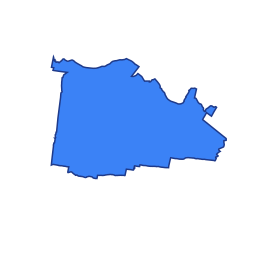 outline of Costesti, Vaslui, Romania, rotated 292°
{"feature_id": "2599482B89888252920776", "entity_name": "Costesti", "entity_type": "district", "adm_level": 2, "iso_a3": "ROU", "parent_name": "Romania", "parent_adm1": "Vaslui", "projection": "natural_earth1", "projection_center": [27.779, 46.468], "detail": "fine", "context": "isolated", "style": "filled", "palette": "blue", "viewbox_px": 256, "rotation_deg": 292, "n_neighbors": 0, "source": "geoboundaries", "source_scale": "gbopen_adm2", "svg_char_len": 5705}
<svg xmlns="http://www.w3.org/2000/svg" viewBox="0 0 256 256"><g transform="rotate(292 128 128)"><path d="M180.3,202.4L180.6,201.6L180.6,201.2L180.3,200.8L179.5,200.1L179.4,199.8L179.6,199.4L179.6,198.5L179.9,197.6L179.8,197.2L179.6,196.5L179.3,196.1L176.5,194.6L175.3,193.7L174.9,193.4L174.5,193.3L173.6,193.1L172.7,193.6L172.3,193.5L172.1,193.3L172.0,192.7L172.2,192.2L172.5,191.9L172.9,191.3L173.1,191.0L174.6,190.6L175.0,190.1L175.6,188.9L176.1,188.4L176.5,188.1L177.1,187.4L177.5,186.6L177.5,186.2L177.3,185.5L177.3,185.2L177.6,184.5L178.0,183.5L180.5,180.5L180.8,180.1L181.0,179.5L180.8,178.4L181.4,178.3L189.8,176.9L190.0,175.0L189.4,174.2L188.5,171.7L187.3,171.3L186.5,171.1L186.2,170.6L185.5,170.4L185.2,170.9L182.7,170.8L181.1,170.4L178.7,169.9L178.5,170.3L174.6,169.6L174.0,170.1L173.5,169.9L172.5,169.8L172.1,169.7L171.8,169.5L170.8,168.6L170.0,167.6L169.7,167.1L169.1,165.5L169.1,164.9L169.2,163.1L169.0,159.2L168.9,158.1L168.9,157.4L169.1,156.4L169.5,154.6L169.8,153.8L170.3,153.0L170.6,152.5L171.3,151.7L172.9,149.8L173.3,149.6L173.7,149.3L174.2,148.8L174.5,148.4L174.7,148.1L174.8,147.2L175.6,146.1L175.8,145.5L176.3,144.8L176.7,144.7L177.0,144.3L177.2,143.4L177.2,143.0L177.3,142.7L178.8,142.2L179.8,141.2L180.3,140.6L181.8,138.1L183.6,134.6L183.4,134.3L183.3,134.1L183.0,133.9L182.3,133.5L181.8,132.4L181.3,132.1L179.9,131.8L179.3,131.5L179.0,131.2L178.7,130.5L179.5,130.2L177.7,125.8L177.8,125.6L179.0,123.9L180.2,122.4L180.9,121.4L181.7,118.6L182.2,116.8L180.0,115.9L178.1,114.2L177.8,113.6L177.3,112.4L177.2,111.9L188.1,115.0L189.0,115.2L189.7,112.0L189.8,111.2L189.7,110.8L190.1,110.2L190.7,108.5L191.0,107.7L191.3,106.5L191.4,105.8L191.6,102.3L191.6,101.7L191.7,101.2L191.8,100.7L191.6,100.4L190.6,99.5L190.2,99.1L189.7,98.2L189.2,97.4L188.8,96.6L188.3,95.2L188.0,94.6L186.4,92.5L186.0,91.9L185.6,91.0L184.4,89.3L183.9,88.7L182.6,87.9L180.8,87.2L178.7,85.1L177.2,84.1L176.6,83.5L176.2,83.0L175.7,81.4L175.3,80.6L174.1,79.4L172.2,77.1L171.4,75.9L170.3,73.4L169.1,69.3L168.3,66.4L167.9,64.0L167.9,63.0L168.3,61.3L168.4,60.0L168.9,56.3L169.1,55.2L169.4,53.9L169.8,53.1L170.1,51.7L170.1,50.8L169.8,50.2L169.0,49.3L168.4,48.5L168.0,48.1L167.8,47.9L167.6,47.7L167.3,47.0L167.2,46.6L167.3,46.0L167.4,44.3L167.6,43.9L168.0,43.2L167.9,42.4L167.6,42.0L167.3,41.7L167.0,41.6L166.0,41.4L165.6,41.2L165.1,41.0L164.4,40.4L162.8,39.8L162.7,39.3L162.7,38.9L163.1,38.4L162.7,37.7L162.0,36.7L162.9,36.0L162.8,35.7L162.5,35.3L162.6,35.1L162.8,34.5L163.1,34.5L163.7,34.8L163.9,34.7L164.1,34.6L163.9,33.9L164.4,33.2L165.5,32.7L165.7,32.4L165.9,32.4L166.0,32.3L155.6,34.3L155.9,35.9L156.0,36.6L155.5,36.6L155.1,36.7L153.4,36.8L153.5,37.6L154.7,42.6L156.8,50.8L153.1,48.5L150.4,48.7L150.2,48.2L149.9,48.1L147.4,48.9L146.3,49.2L145.5,49.4L144.9,49.7L142.4,50.5L138.8,52.2L137.8,52.6L137.5,52.9L137.2,53.2L136.6,53.3L136.2,53.1L135.8,52.8L135.4,52.8L134.6,52.9L130.9,54.1L111.4,59.2L97.5,63.3L97.2,62.9L95.1,63.4L94.7,63.1L93.5,63.5L92.3,64.1L91.7,64.3L91.7,64.5L91.3,64.4L91.1,63.9L90.8,64.5L86.7,65.4L86.3,64.9L85.4,65.1L84.3,65.2L83.2,65.7L71.9,68.8L64.9,70.8L65.6,71.5L66.2,72.3L66.3,72.5L66.4,73.1L66.5,73.5L66.7,74.4L67.1,76.3L67.3,77.5L67.3,78.2L67.5,78.6L67.6,79.1L68.0,80.1L68.3,81.2L68.5,82.5L69.0,84.2L69.2,85.6L69.5,86.9L69.8,87.6L68.3,87.9L67.7,88.1L66.9,88.2L64.6,88.7L64.4,88.8L64.2,89.0L64.4,89.5L65.8,91.2L66.0,91.7L66.1,91.9L66.0,92.6L65.6,93.5L65.0,95.4L65.0,95.8L64.9,96.3L64.6,96.8L64.5,97.0L64.6,97.4L64.8,97.6L65.1,97.9L65.3,98.2L65.2,98.5L65.0,99.1L64.9,99.5L65.0,100.0L64.9,100.4L65.3,101.6L65.3,101.9L65.5,102.1L65.5,102.8L65.8,103.3L65.9,104.1L66.0,104.8L66.0,105.9L66.1,107.0L66.7,107.9L67.3,108.1L67.5,108.3L67.8,109.0L68.5,109.7L68.7,110.3L69.2,112.8L69.0,113.7L68.7,114.3L68.6,114.6L68.8,115.3L68.9,116.5L69.4,117.7L69.5,118.1L70.4,118.0L72.7,117.5L73.0,118.2L73.3,119.1L74.1,120.9L74.3,121.8L74.7,122.7L75.6,124.3L76.0,124.7L76.6,125.8L76.9,126.3L77.2,126.8L77.7,127.9L77.9,128.1L78.6,129.8L78.7,130.7L79.0,131.0L79.1,131.6L79.2,133.0L79.1,133.4L79.2,134.0L79.4,134.5L79.8,135.2L79.9,135.7L80.2,136.2L81.3,138.6L82.5,141.8L82.7,142.9L82.9,143.0L89.2,141.9L89.5,143.0L90.4,146.1L90.7,147.6L90.9,148.5L91.0,148.7L91.2,148.8L92.7,148.5L92.8,148.7L92.4,149.0L92.5,149.1L92.9,149.0L93.3,149.0L93.2,149.2L93.4,149.3L93.6,149.2L93.7,148.9L94.0,148.8L94.0,148.5L95.2,148.2L95.4,148.3L95.5,148.7L95.8,150.3L96.1,151.6L96.6,153.2L98.3,152.9L98.6,153.9L98.9,155.9L99.1,156.6L99.9,158.8L100.1,160.3L100.3,161.2L100.4,161.4L100.6,162.3L100.7,162.6L101.1,163.8L101.5,164.7L101.7,165.4L102.1,166.2L102.7,167.9L102.8,168.6L103.5,170.2L103.7,170.6L103.9,172.3L104.1,173.3L104.7,175.4L105.2,177.3L106.2,179.9L106.4,180.5L108.1,180.0L113.6,179.1L116.4,178.7L116.7,179.7L116.7,180.1L117.4,183.5L117.7,184.1L118.1,185.6L118.4,187.3L119.5,190.3L119.9,191.0L120.2,191.4L120.8,191.9L121.7,192.4L121.9,192.6L122.8,194.3L123.1,194.9L123.5,196.3L123.9,197.5L124.4,199.2L124.8,200.4L124.9,201.2L124.8,201.6L124.9,201.9L125.1,202.9L125.5,203.6L125.8,204.3L125.9,204.8L126.1,206.0L126.3,206.4L126.8,208.7L127.7,210.9L127.8,211.8L129.4,217.4L130.1,220.0L130.1,220.8L130.4,221.1L132.8,221.2L133.0,221.1L133.3,220.4L133.8,220.2L134.2,220.5L134.8,221.4L135.7,222.0L135.9,221.9L136.1,221.8L136.3,221.2L136.5,220.2L137.0,220.0L138.4,220.6L139.5,221.3L140.5,221.8L140.8,222.2L141.0,221.8L141.0,221.7L141.3,221.1L141.5,220.6L141.7,220.2L142.1,220.1L142.6,220.1L142.8,220.3L145.8,223.3L146.4,223.7L147.1,223.7L147.9,223.6L148.7,223.4L149.3,223.1L150.4,222.3L150.8,222.3L151.1,222.2L151.7,221.7L152.0,221.6L152.4,221.9L153.2,223.5L153.3,223.6L153.6,223.6L155.0,222.9L163.7,194.1L165.6,194.2L167.0,194.5L171.6,195.1L170.2,201.0L175.3,201.6L180.3,202.4Z" fill="#3b82f6" stroke="#1e3a8a" stroke-width="1.5"/></g></svg>